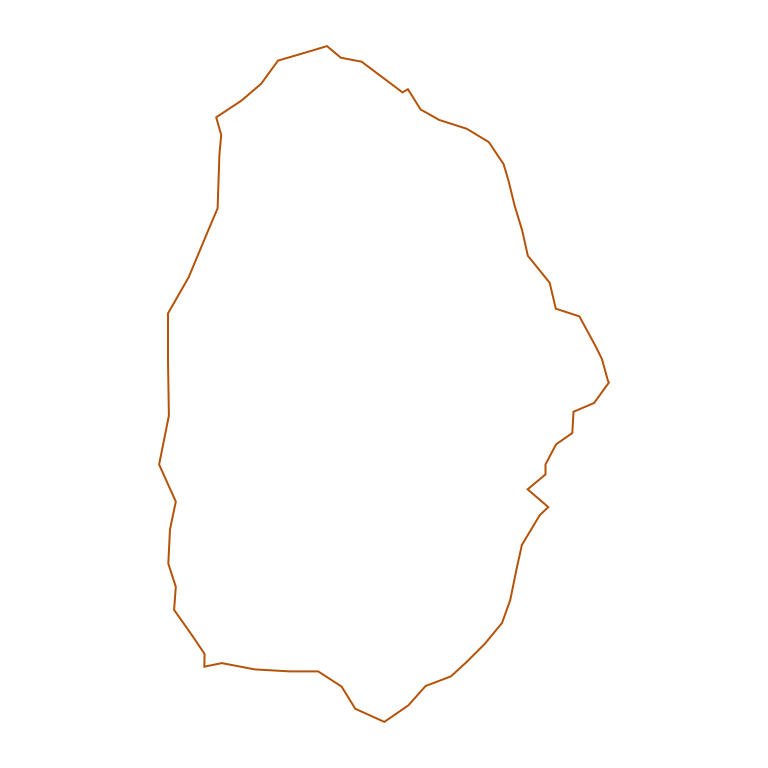 outline of Apesia, Limassol, Cyprus
{"feature_id": "46923920B26511278175310", "entity_name": "Apesia", "entity_type": "district", "adm_level": 2, "iso_a3": "CYP", "parent_name": "Cyprus", "parent_adm1": "Limassol", "projection": "orthographic", "projection_center": [32.979, 34.782], "detail": "fine", "context": "isolated", "style": "outline", "palette": "amber", "viewbox_px": 768, "rotation_deg": 0, "n_neighbors": 0, "source": "geoboundaries", "source_scale": "gbopen_adm2", "svg_char_len": 971}
<svg xmlns="http://www.w3.org/2000/svg" viewBox="0 0 768 768"><path d="M608.9,382.5L608.0,381.0L601.9,358.9L595.3,345.7L579.4,316.4L555.8,308.7L549.7,282.8L527.8,255.7L522.3,230.9L514.6,205.5L508.5,180.7L503.6,164.2L488.8,142.1L466.8,128.8L439.3,120.0L420.6,109.5L407.9,89.2L402.5,92.4L361.6,61.7L340.8,57.7L327.0,46.1L299.9,54.2L278.0,60.6L261.2,83.7L241.6,100.5L216.2,117.3L221.2,135.0L219.4,154.9L217.6,208.3L207.6,231.9L188.7,277.2L168.0,313.4L168.0,361.4L168.9,415.7L159.1,464.5L175.8,501.6L175.0,505.5L170.0,529.4L168.3,563.6L175.8,586.8L174.1,609.9L192.5,636.0L204.6,654.0L204.3,666.7L221.8,663.1L254.8,669.4L289.9,671.4L318.2,671.4L341.6,686.6L355.3,708.8L384.3,721.9L408.4,705.3L425.6,686.0L451.0,676.3L466.2,662.4L484.8,643.8L502.0,623.0L510.2,600.2L516.4,569.8L521.9,544.9L539.8,515.1L548.3,507.1L528.3,489.9L527.6,489.3L545.5,474.4L545.5,464.4L556.1,444.3L572.3,433.0L573.5,411.7L594.1,403.0L608.9,382.5Z" fill="none" stroke="#b45309" stroke-width="2"/></svg>